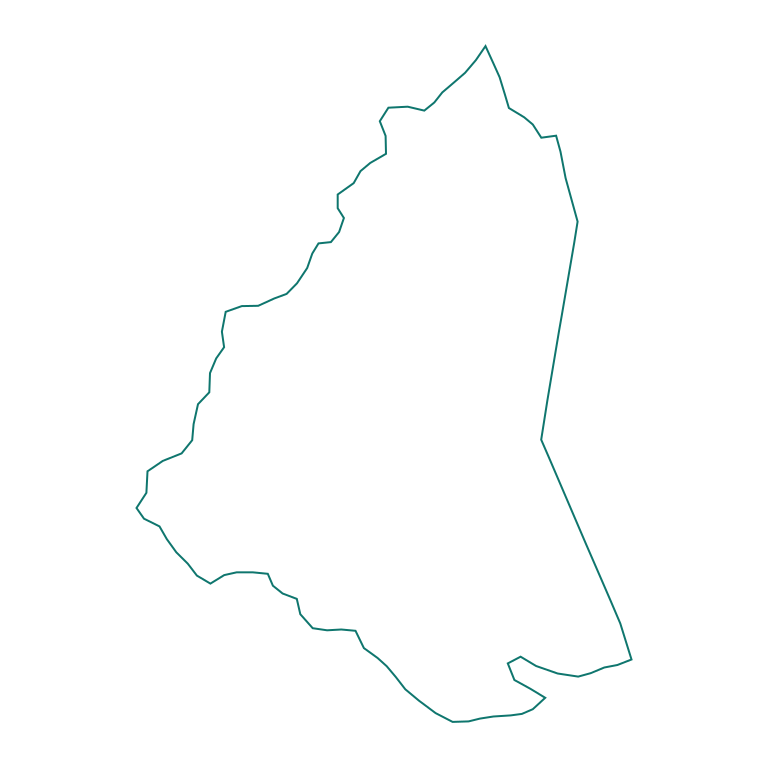 the district of Rodeio, Santa Catarina, Brazil
{"feature_id": "56859067B58169582692874", "entity_name": "Rodeio", "entity_type": "district", "adm_level": 2, "iso_a3": "BRA", "parent_name": "Brazil", "parent_adm1": "Santa Catarina", "projection": "robinson", "projection_center": [-49.356, -26.886], "detail": "fine", "context": "isolated", "style": "outline", "palette": "teal", "viewbox_px": 768, "rotation_deg": 0, "n_neighbors": 0, "source": "geoboundaries", "source_scale": "gbopen_adm2", "svg_char_len": 1427}
<svg xmlns="http://www.w3.org/2000/svg" viewBox="0 0 768 768"><path d="M545.2,697.8L530.4,688.8L514.4,680.0L507.8,663.4L520.6,656.7L536.1,666.0L557.6,673.5L578.2,676.6L590.6,673.2L604.3,667.5L617.4,665.0L631.5,659.5L620.3,623.5L610.5,600.5L602.1,581.1L586.2,544.5L549.2,458.1L541.2,439.7L547.4,400.3L559.0,331.2L561.6,316.4L574.2,242.9L577.6,221.6L565.6,178.1L560.5,151.7L556.1,135.7L541.3,137.7L532.8,124.5L524.2,117.3L508.9,108.0L504.9,94.5L499.6,77.2L493.4,63.4L485.5,46.1L475.9,60.1L465.1,72.8L453.8,82.6L442.3,92.4L434.3,102.5L424.3,110.6L407.7,106.7L388.4,107.7L379.8,121.2L385.6,135.9L386.0,153.8L370.3,162.9L360.5,171.1L353.7,183.1L337.7,194.5L337.7,208.2L343.9,218.0L339.1,232.0L330.9,242.1L318.5,243.4L312.3,253.5L307.2,268.0L297.0,283.3L286.6,293.9L274.2,298.5L258.2,305.8L241.8,306.1L225.7,311.8L221.9,331.7L224.1,347.2L216.2,358.4L210.0,373.1L209.3,392.3L198.0,404.2L193.6,424.1L192.2,440.2L181.6,453.4L162.8,460.9L147.5,471.3L146.4,492.8L136.5,508.0L144.0,518.7L159.5,526.4L166.8,539.1L176.3,552.3L187.8,563.7L196.9,575.6L210.4,583.6L224.2,575.1L236.8,572.3L252.5,572.3L267.8,573.8L272.9,585.7L282.6,593.5L296.8,598.9L300.3,614.2L312.7,628.2L327.1,630.3L341.3,629.5L355.5,630.8L363.9,648.1L377.6,658.0L386.7,666.2L395.7,676.9L405.3,689.3L419.0,700.7L435.6,713.1L452.6,721.9L468.6,721.4L479.9,718.6L493.4,716.5L510.7,715.4L521.9,713.9L532.8,709.2L545.2,697.8Z" fill="none" stroke="#0f766e" stroke-width="2"/></svg>